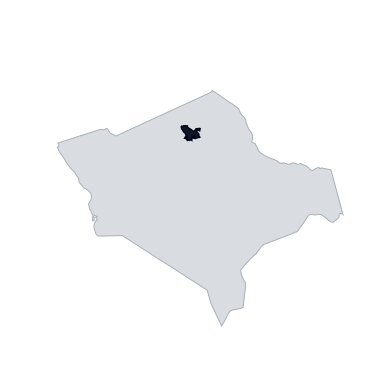 location of Narok North, Rift Valley, Kenya, rotated 123°
{"feature_id": "3690345B19794245895997", "entity_name": "Narok North", "entity_type": "district", "adm_level": 2, "iso_a3": "KEN", "parent_name": "Kenya", "parent_adm1": "Rift Valley", "projection": "robinson", "projection_center": [35.859, -0.842], "detail": "fine", "context": "in_parent", "style": "filled", "palette": "ink", "viewbox_px": 384, "rotation_deg": 123, "n_neighbors": 0, "source": "geoboundaries", "source_scale": "gbopen_adm2", "svg_char_len": 5629}
<svg xmlns="http://www.w3.org/2000/svg" viewBox="0 0 384 384"><g transform="rotate(123 192 192)"><path d="M95.9,230.3L95.8,225.6L96.4,213.8L96.3,203.4L96.9,198.2L99.1,194.9L100.2,192.5L100.9,189.1L102.1,186.4L104.8,184.2L105.3,183.0L108.1,179.2L109.9,174.5L111.1,172.8L112.8,171.3L113.9,170.6L115.8,169.8L117.2,169.3L117.5,168.9L117.6,168.2L117.1,165.2L117.8,164.2L118.8,162.3L119.9,160.4L120.9,159.3L121.5,158.1L121.8,156.0L121.8,154.5L121.8,152.1L121.5,146.6L120.3,142.0L119.5,136.9L120.1,135.2L119.1,132.2L118.7,132.1L117.9,131.4L116.9,128.6L116.2,126.0L115.7,125.3L112.5,123.1L110.9,117.8L109.1,116.6L108.1,111.3L107.9,109.8L108.9,104.5L108.8,103.3L107.7,102.2L104.7,101.0L102.3,98.8L102.6,98.1L102.7,97.3L101.5,96.8L97.7,87.7L102.5,82.3L107.4,76.8L113.7,69.8L119.4,63.4L124.4,57.9L128.8,53.0L128.7,53.9L128.7,55.2L129.3,55.9L130.2,56.5L131.5,55.9L132.6,55.2L133.7,55.0L140.3,57.0L141.4,58.8L141.4,60.8L141.6,62.1L141.1,63.6L140.6,67.8L140.7,71.7L142.7,74.5L144.5,76.8L145.9,80.0L147.0,81.0L148.4,81.5L153.0,81.6L159.8,81.8L166.3,82.0L166.9,82.1L168.3,82.5L174.3,86.8L179.7,90.7L184.4,94.1L188.9,97.4L193.3,100.6L196.7,103.3L200.1,104.1L205.5,104.5L209.3,104.6L212.8,105.8L217.9,106.8L221.8,107.4L224.2,108.0L230.6,108.6L231.7,108.2L234.6,105.3L237.8,100.4L239.0,97.8L243.1,95.1L250.4,91.5L255.5,88.9L261.2,86.3L263.8,88.5L267.4,92.2L269.0,93.9L270.3,94.7L272.2,95.3L274.6,95.3L275.9,95.2L278.5,94.7L284.6,94.3L288.2,94.3L285.2,99.1L281.7,104.9L275.1,115.5L270.2,121.1L266.4,125.3L266.1,126.1L266.1,130.8L266.1,142.3L266.2,165.3L266.4,188.3L266.4,211.3L266.5,222.8L266.5,226.7L269.8,231.5L273.0,236.2L277.3,242.5L279.5,245.8L279.9,247.0L279.8,249.2L276.3,253.9L273.4,256.0L269.5,257.0L268.4,256.8L266.8,256.2L266.2,257.3L265.8,259.0L264.9,258.7L264.3,258.2L264.7,261.3L265.1,262.8L264.5,264.9L262.6,266.7L262.4,268.2L258.4,272.2L252.6,272.7L249.5,274.7L248.2,276.3L247.2,279.9L247.5,285.3L245.9,289.5L245.6,291.6L242.6,294.4L241.3,296.9L240.3,299.4L239.5,300.6L238.4,306.3L237.1,309.7L236.7,310.9L236.3,311.9L235.3,314.0L234.6,315.4L234.0,316.3L230.5,325.2L227.8,329.2L225.6,328.7L224.2,330.3L224.0,331.0L223.3,330.6L221.5,329.1L217.8,326.1L214.1,323.1L210.4,320.1L206.7,317.1L203.0,314.0L199.3,311.0L195.6,308.0L191.9,305.0L189.7,303.2L188.8,302.2L188.0,300.1L187.7,299.6L186.7,298.9L185.5,298.8L185.2,298.4L185.2,297.4L185.6,295.9L187.0,293.2L187.1,291.5L186.8,289.7L186.4,286.7L186.1,286.0L183.6,284.5L178.5,281.3L173.3,278.0L168.2,274.8L163.1,271.5L157.9,268.3L152.8,265.0L147.7,261.8L142.5,258.5L137.4,255.3L132.2,252.0L127.1,248.8L122.0,245.5L116.8,242.3L111.7,239.0L106.6,235.8L101.4,232.5L99.5,231.3L97.7,230.3L95.9,230.3ZM266.8,261.8L265.9,262.1L266.4,260.5L269.0,258.5L270.1,259.0L270.3,259.4L270.2,259.8L269.8,260.2L266.8,261.8Z" fill="#d9dde1" stroke="#a8b0b8" stroke-width="1"/><path d="M148.8,220.4L148.7,220.5L148.3,220.7L147.7,221.0L147.2,221.5L147.0,221.3L146.8,221.1L146.7,221.0L146.5,221.3L146.1,221.5L145.6,222.0L145.2,222.4L144.8,222.2L144.8,221.9L143.9,220.6L143.5,220.6L143.5,220.3L144.5,220.3L145.3,221.1L146.1,220.2L145.9,219.8L145.7,219.3L145.6,219.1L145.3,218.5L145.2,218.4L145.2,218.2L144.9,218.1L144.8,217.9L144.3,217.8L144.2,217.8L143.9,217.4L143.8,217.2L143.2,216.8L142.9,216.7L142.4,216.4L142.6,215.8L142.5,215.7L142.4,215.7L142.3,215.8L142.0,215.9L142.0,215.7L141.9,215.4L141.7,215.3L141.5,215.7L141.5,215.8L141.3,216.4L141.1,217.0L141.0,217.6L140.5,217.5L140.2,217.4L140.1,217.5L139.9,217.8L139.7,218.0L139.5,218.4L139.5,218.5L139.5,218.8L139.4,218.9L139.4,219.0L139.2,219.2L139.1,219.4L139.1,219.5L139.0,219.8L138.9,219.9L138.9,220.0L138.9,220.4L138.8,220.5L138.7,220.8L138.5,221.0L138.4,221.1L138.4,221.3L138.4,221.5L138.2,221.6L138.0,221.9L138.0,222.0L137.9,222.1L137.7,221.8L137.5,221.6L137.1,221.3L136.8,220.9L136.8,220.7L136.6,219.5L136.5,218.9L134.4,219.7L134.6,220.4L136.9,223.1L139.7,223.1L139.9,223.1L140.0,223.2L140.0,223.3L140.1,223.5L140.1,223.8L140.2,224.1L140.3,224.5L140.4,224.8L140.4,225.0L140.3,225.4L140.2,225.5L140.2,225.8L140.3,225.9L140.2,226.1L140.2,226.3L140.1,226.5L140.1,226.8L140.2,227.0L140.3,227.2L140.2,227.4L140.3,227.5L140.3,227.8L140.2,228.1L140.3,228.3L140.2,228.6L140.3,228.9L140.3,229.0L140.2,229.1L140.2,229.3L140.2,229.5L140.2,229.8L140.2,230.1L140.2,230.3L140.2,230.5L140.2,230.9L140.3,231.0L140.5,231.3L140.4,231.4L140.2,231.5L139.2,231.7L139.2,231.9L139.1,232.0L139.4,232.3L139.5,232.4L139.6,232.5L139.8,232.7L139.8,232.8L139.8,233.0L140.0,233.3L140.0,233.5L140.1,233.8L140.2,234.0L140.3,234.0L140.5,234.1L140.6,234.3L140.7,234.5L140.8,234.8L140.8,234.7L140.9,234.8L141.0,234.9L141.0,235.0L141.3,235.2L141.5,235.2L141.6,235.3L141.6,235.2L141.8,235.2L141.8,235.3L142.0,235.5L142.1,235.8L142.3,236.0L142.5,236.3L142.6,236.5L142.8,236.5L142.8,236.4L142.7,236.4L142.8,236.2L143.0,236.2L143.3,236.1L143.5,236.2L144.1,235.6L144.5,235.2L144.9,234.3L145.4,233.1L145.4,232.9L145.5,232.9L146.2,231.6L146.0,231.4L146.0,231.2L146.0,230.9L146.1,230.7L146.2,230.4L146.3,230.2L146.4,229.8L146.4,229.7L146.5,229.6L146.5,229.4L146.7,229.2L146.8,229.1L146.8,228.9L146.9,228.7L147.0,228.5L147.1,228.4L147.3,228.3L147.4,228.2L147.4,227.9L147.5,227.7L147.7,227.4L147.8,227.3L147.9,227.2L148.0,227.1L148.1,226.9L148.2,226.7L148.4,226.5L148.6,226.3L148.9,226.2L149.0,226.1L149.0,225.9L149.2,226.0L149.1,226.5L149.1,226.9L149.1,227.1L149.1,227.3L149.3,227.2L149.5,227.3L149.6,227.5L149.8,227.6L151.0,227.5L150.6,226.7L150.3,225.8L151.0,224.9L151.1,224.3L150.9,224.2L151.0,223.9L151.1,223.7L150.9,223.6L150.6,223.4L150.4,223.3L150.3,223.2L150.3,222.9L150.2,222.7L150.2,222.4L149.9,222.3L148.9,221.3L148.8,220.4Z" fill="#0f172a" stroke="#020617" stroke-width="1.5"/></g></svg>